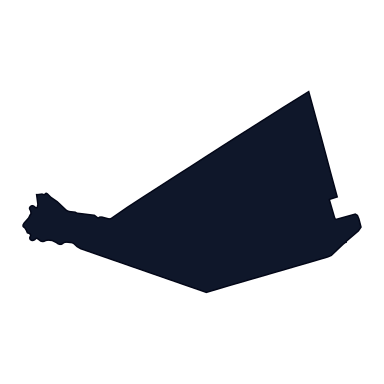 an SVG outline of Mafraq
{"feature_id": "JOR-850", "entity_name": "Mafraq", "entity_type": "Province", "adm_level": 1, "iso_a3": "JOR", "parent_name": "Jordan", "parent_adm1": "", "projection": "mercator", "projection_center": [37.07, 32.534], "detail": "fine", "context": "isolated", "style": "filled", "palette": "ink", "viewbox_px": 384, "rotation_deg": 0, "n_neighbors": 0, "source": "natural_earth", "source_scale": "10m", "svg_char_len": 1588}
<svg xmlns="http://www.w3.org/2000/svg" viewBox="0 0 384 384"><path d="M109.9,218.9L111.2,218.5L127.4,207.3L142.9,197.2L154.1,190.0L171.3,178.9L179.4,173.7L188.7,167.8L206.0,156.6L223.3,145.5L236.2,137.2L253.8,126.1L262.3,120.7L283.9,107.0L308.7,91.6L313.4,108.8L317.6,124.3L321.1,137.1L325.7,154.2L330.4,171.9L337.2,196.9L329.4,199.4L329.3,199.5L329.4,199.9L334.4,217.1L335.1,218.9L336.1,219.4L355.3,214.1L357.4,215.4L358.9,219.0L361.0,227.1L358.4,230.9L346.2,241.3L346.2,242.2L345.2,242.5L343.3,244.0L331.3,255.4L327.8,256.9L316.3,260.3L293.6,266.9L270.9,273.5L248.1,280.1L229.1,285.6L225.4,286.7L206.3,292.4L206.1,292.3L80.7,248.7L77.1,246.6L73.9,243.6L72.2,242.7L66.7,242.1L64.8,242.3L63.5,242.8L62.5,243.7L61.2,244.3L59.6,244.3L58.1,243.8L56.3,242.5L52.2,240.5L48.2,240.1L46.9,240.3L45.8,240.5L43.8,241.4L42.4,241.5L40.8,241.1L38.3,239.2L37.1,238.4L36.1,238.3L34.7,239.7L33.7,240.2L32.5,240.5L31.4,240.3L30.4,239.6L29.9,238.8L29.8,237.6L30.1,236.8L30.5,236.0L30.7,235.3L30.3,234.4L29.5,233.5L27.4,232.8L26.4,230.4L25.0,228.1L24.4,227.5L23.5,226.9L23.0,226.1L23.1,224.9L24.1,223.1L28.7,217.9L30.1,215.0L30.9,213.9L31.0,213.0L30.7,211.2L30.2,210.0L29.7,209.1L29.5,208.1L29.9,207.1L31.3,205.9L32.6,205.7L33.7,206.1L35.6,207.6L36.5,207.8L37.2,207.5L37.9,204.4L36.6,194.6L38.1,194.6L41.8,194.1L42.5,194.2L43.5,194.6L44.1,194.7L44.6,194.5L45.8,193.4L46.3,193.3L47.4,193.9L50.7,197.2L57.2,201.7L66.1,210.1L67.6,211.0L69.6,211.6L75.2,212.2L76.9,213.2L80.6,213.6L94.4,215.3L98.0,218.1L99.8,217.1L102.0,217.1L108.4,218.8L109.9,218.9Z" fill="#0f172a" stroke="#020617" stroke-width="1.5"/></svg>